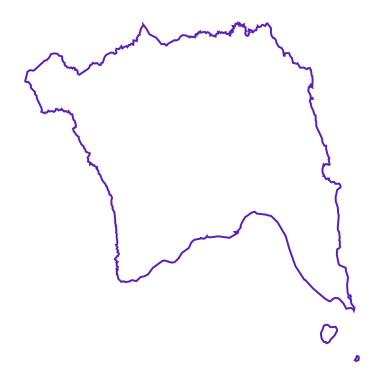 the district of Bulukumba, Sulawesi Selatan, Indonesia
{"feature_id": "22746128B72639885395673", "entity_name": "Bulukumba", "entity_type": "district", "adm_level": 2, "iso_a3": "IDN", "parent_name": "Indonesia", "parent_adm1": "Sulawesi Selatan", "projection": "equal_earth", "projection_center": [120.241, -5.484], "detail": "fine", "context": "isolated", "style": "outline", "palette": "violet", "viewbox_px": 384, "rotation_deg": 0, "n_neighbors": 0, "source": "geoboundaries", "source_scale": "gbopen_adm2", "svg_char_len": 5797}
<svg xmlns="http://www.w3.org/2000/svg" viewBox="0 0 384 384"><path d="M118.4,278.9L121.3,281.8L123.9,281.3L125.4,282.1L129.3,281.5L132.0,280.1L136.3,281.1L140.5,277.1L144.7,276.2L148.1,274.3L152.7,268.0L162.4,260.9L164.8,260.5L171.4,262.6L174.6,262.2L178.7,258.2L182.0,252.8L189.0,247.8L191.1,242.9L192.9,240.8L194.7,239.7L200.1,238.7L200.6,238.0L203.7,238.8L205.9,237.6L207.0,236.0L207.4,236.8L209.7,237.4L218.1,236.3L229.5,237.8L237.8,232.9L237.9,232.3L235.9,233.0L234.8,232.0L237.4,231.6L240.8,227.4L240.6,225.9L242.0,222.5L245.1,217.2L251.7,212.6L254.8,211.8L256.8,213.6L265.5,214.6L271.3,216.1L277.6,222.3L285.7,236.1L289.5,249.4L295.4,266.0L304.4,279.9L305.2,279.9L313.3,288.7L325.2,298.8L329.1,301.1L330.5,301.2L332.7,299.1L335.0,297.9L338.8,298.4L343.5,303.5L346.3,308.7L350.8,307.8L353.3,309.3L353.8,310.5L354.5,307.8L351.4,303.7L350.7,299.5L351.4,298.4L350.5,299.4L348.2,297.2L348.6,295.6L350.4,295.5L351.3,297.6L350.4,295.3L348.6,295.3L347.6,292.4L347.1,285.3L348.0,277.2L345.9,270.9L345.7,267.8L339.8,265.3L338.7,264.1L336.8,254.5L337.2,249.3L339.2,248.3L340.3,246.5L339.7,245.2L339.9,241.4L339.1,240.1L339.8,238.1L339.1,231.9L338.1,230.5L337.7,228.2L338.8,215.6L338.1,213.1L337.8,207.5L335.8,201.3L335.6,197.3L337.2,189.9L340.5,187.4L340.5,185.7L339.3,183.7L335.5,183.8L334.0,181.9L331.3,182.3L329.3,180.4L329.0,179.0L328.5,179.5L327.8,178.5L326.0,179.0L324.3,176.1L323.4,176.0L323.8,174.6L322.7,173.2L322.4,169.4L323.6,164.6L324.3,165.5L325.0,164.4L326.7,164.0L328.8,164.9L329.6,164.5L328.6,159.4L329.4,158.7L327.3,154.0L326.1,148.5L326.1,145.7L324.5,145.8L322.4,142.2L322.2,139.4L321.3,136.8L316.3,126.4L316.2,121.9L315.6,120.2L315.7,115.6L314.3,114.5L313.4,111.0L311.3,106.6L310.7,103.0L309.8,101.6L310.4,99.0L312.7,98.9L312.4,97.8L310.7,97.5L310.5,95.2L308.3,90.9L308.7,87.6L309.4,86.3L309.9,86.4L309.8,87.0L310.7,86.5L312.3,87.4L312.1,86.5L310.7,85.9L310.5,85.2L310.8,84.4L312.4,84.9L312.6,80.9L312.4,76.3L311.7,75.8L311.0,70.1L310.5,69.9L310.1,68.2L308.4,68.1L306.6,69.2L303.9,67.6L300.2,67.7L297.5,63.3L296.4,63.7L293.0,62.8L291.9,57.9L290.6,56.7L289.0,53.1L285.3,53.2L284.8,53.7L284.7,55.7L283.8,55.6L283.3,51.3L282.0,48.3L278.7,46.7L276.5,42.8L275.7,39.8L274.1,38.0L273.3,38.1L271.6,35.7L270.9,32.6L271.0,28.3L267.5,23.5L266.6,23.6L265.1,26.0L262.7,24.8L261.7,25.2L260.8,26.6L258.7,27.0L257.8,26.1L257.8,27.1L257.2,27.0L256.5,28.6L256.4,30.2L254.8,30.3L252.9,32.4L252.1,32.0L251.9,30.5L248.8,29.5L248.6,30.6L249.8,32.3L248.6,33.7L248.6,35.1L247.7,35.9L246.0,35.3L245.3,33.6L245.4,32.4L246.4,31.4L245.5,30.5L245.6,27.3L243.2,26.5L243.3,25.6L244.0,25.3L243.9,24.3L241.2,25.9L240.5,24.2L239.4,23.1L238.9,25.2L237.5,23.0L236.5,24.0L235.5,23.8L235.0,26.3L232.8,26.0L233.9,28.4L232.2,29.5L232.9,31.0L232.7,31.9L231.4,30.5L230.1,31.8L230.9,32.4L230.2,35.6L229.8,35.5L229.0,33.5L226.9,34.1L225.9,33.2L225.7,32.2L223.4,33.1L221.9,32.2L220.5,33.0L219.2,31.7L218.6,32.5L217.9,32.1L218.0,33.6L217.0,33.7L215.9,34.8L215.6,36.4L214.8,35.8L214.1,36.3L212.6,35.3L210.2,35.5L210.6,34.0L207.7,32.1L205.9,33.1L204.8,31.8L200.7,32.6L200.2,31.6L199.6,32.5L198.9,32.1L198.1,32.8L197.7,34.2L196.5,33.9L195.5,34.6L196.2,35.5L194.8,37.4L193.7,36.6L192.3,37.1L190.8,36.6L190.0,37.3L189.6,36.5L188.5,36.8L186.1,35.5L182.6,35.1L180.4,36.7L178.8,39.3L176.1,40.5L174.5,40.1L167.9,43.8L167.1,45.1L166.1,45.5L164.6,43.9L161.5,44.2L156.2,37.7L149.4,34.3L146.5,28.8L143.2,24.6L143.3,25.9L142.3,26.5L140.5,29.8L140.5,31.1L139.7,32.8L139.7,34.9L138.4,35.3L136.6,38.7L137.2,39.7L136.7,41.1L133.5,40.3L133.3,44.7L131.3,43.7L129.7,45.3L128.7,45.0L127.4,47.1L126.6,46.1L124.2,46.9L122.4,48.4L121.4,46.2L119.1,49.1L116.4,48.8L115.9,50.2L116.5,52.6L115.7,53.6L114.2,53.8L113.3,52.7L110.9,52.6L105.9,55.1L104.4,57.5L102.8,62.6L101.3,63.0L100.8,64.8L99.3,65.0L97.1,63.1L94.4,63.5L93.1,62.8L91.1,65.0L90.2,65.1L88.8,68.3L79.3,74.7L77.8,73.8L77.5,70.8L76.2,69.6L75.1,69.9L75.0,68.3L73.7,67.6L72.5,68.6L71.3,67.5L69.9,67.9L67.0,67.3L66.1,65.9L65.2,65.6L64.6,64.6L64.7,62.8L63.6,62.4L62.1,59.2L62.3,57.3L61.7,56.2L59.1,55.7L57.5,53.8L54.1,53.4L51.0,54.1L49.3,57.4L46.6,60.2L44.7,60.6L34.5,70.0L33.2,70.7L30.1,70.1L27.5,71.7L25.2,81.1L25.6,81.8L28.5,82.1L30.9,85.2L30.8,87.7L34.8,91.8L35.1,94.4L36.6,95.7L36.9,98.4L41.5,108.1L41.9,110.2L41.3,111.8L44.8,113.3L45.2,112.5L47.2,112.4L48.3,110.6L49.5,111.4L52.9,111.2L53.9,111.9L55.1,111.0L56.1,108.9L57.9,109.4L58.4,110.4L60.9,109.9L61.5,108.9L64.1,111.5L65.4,111.0L67.7,112.2L68.4,111.4L68.6,112.5L69.7,112.4L70.7,114.2L72.3,114.3L73.4,119.7L74.7,120.9L76.0,125.5L75.1,126.9L75.5,127.3L73.0,128.6L73.7,131.2L76.6,135.2L78.8,137.0L78.6,137.9L79.4,140.4L81.5,144.5L83.7,146.5L83.9,148.0L84.9,148.9L86.0,151.8L89.8,153.3L89.6,154.7L87.6,157.6L88.4,160.0L87.9,161.5L90.0,162.5L90.0,164.5L91.5,163.5L92.6,165.2L94.0,165.1L94.5,166.0L97.0,167.2L96.7,167.8L97.1,168.2L96.6,168.7L98.4,171.0L98.7,173.6L100.2,174.9L102.3,180.3L105.7,184.6L106.3,186.5L107.2,186.9L107.4,188.7L109.1,192.1L109.4,194.5L110.4,194.7L111.2,195.7L112.1,198.0L111.4,199.8L111.5,204.7L112.7,207.0L112.5,208.7L114.4,212.4L115.3,221.3L115.0,222.5L116.0,225.2L115.5,226.1L116.3,227.4L116.0,228.7L116.5,230.4L115.9,232.3L116.8,233.7L116.6,237.2L117.4,242.0L117.0,244.4L115.9,245.0L117.5,247.1L116.6,248.7L118.1,250.7L117.4,252.1L118.9,253.4L118.2,255.8L117.2,256.1L114.8,259.2L117.6,261.9L116.4,262.8L116.8,263.5L116.7,265.8L117.9,267.0L116.4,268.8L116.7,269.6L117.7,269.7L116.7,271.7L117.1,273.6L116.7,274.1L117.4,274.7L118.4,278.9ZM326.4,324.7L323.9,325.6L322.3,330.4L321.1,332.3L321.0,334.8L321.7,338.6L323.8,341.9L325.8,342.0L326.1,342.9L326.9,343.2L329.3,342.0L330.5,339.7L334.7,335.3L336.9,331.2L337.0,329.3L335.6,326.8L330.4,327.2L328.2,325.1L326.4,324.7ZM358.5,356.5L356.8,356.1L356.5,357.6L354.8,360.1L356.1,361.0L358.4,360.2L358.8,358.2L358.5,356.5Z" fill="none" stroke="#5b21b6" stroke-width="2"/></svg>